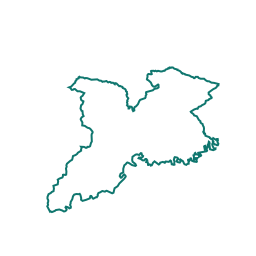 Ntsupe, Qacha's Nek, Lesotho, rotated 344°
{"feature_id": "5366337B15703644997437", "entity_name": "Ntsupe", "entity_type": "district", "adm_level": 2, "iso_a3": "LSO", "parent_name": "Lesotho", "parent_adm1": "Qacha's Nek", "projection": "orthographic", "projection_center": [28.725, -29.92], "detail": "fine", "context": "isolated", "style": "outline", "palette": "teal", "viewbox_px": 256, "rotation_deg": 344, "n_neighbors": 0, "source": "geoboundaries", "source_scale": "gbopen_adm2", "svg_char_len": 5862}
<svg xmlns="http://www.w3.org/2000/svg" viewBox="0 0 256 256"><g transform="rotate(344 128 128)"><path d="M96.2,186.2L98.5,182.2L102.0,181.1L104.4,178.9L110.2,175.8L112.4,174.1L112.4,173.1L111.6,171.7L110.7,171.9L108.1,173.9L107.3,173.7L106.8,171.9L108.3,169.9L111.2,169.4L112.2,165.9L114.2,162.8L115.8,162.2L117.3,161.1L117.9,161.0L119.2,161.9L121.6,164.7L124.6,166.5L125.4,166.2L125.2,164.6L123.1,161.7L123.2,159.8L124.4,156.9L127.9,155.7L129.4,155.8L131.3,157.0L133.3,155.7L134.0,156.0L134.0,158.0L134.8,159.1L134.4,159.7L133.1,160.2L130.4,159.4L129.8,160.0L131.7,161.3L133.1,163.1L134.5,163.6L136.1,162.6L137.1,162.9L137.6,164.3L136.6,164.9L136.1,165.8L137.5,166.4L137.0,169.8L137.9,168.5L139.4,169.4L139.5,170.4L140.6,170.4L142.5,168.3L144.3,167.4L147.5,171.6L148.3,171.4L149.4,170.2L152.2,170.2L153.8,171.6L154.3,171.3L154.3,170.8L155.1,170.6L157.9,171.8L159.7,170.9L160.3,171.7L160.1,173.4L160.4,174.4L160.1,175.0L162.0,176.1L162.6,176.0L162.6,175.0L163.5,173.0L163.3,171.3L164.5,169.2L165.0,168.9L167.1,170.0L167.7,171.0L167.4,172.0L166.5,172.2L165.6,173.2L165.7,173.7L166.4,174.5L168.3,175.5L169.5,174.5L169.1,172.7L169.5,172.5L171.7,175.1L172.1,177.8L172.5,178.5L173.9,179.5L174.8,179.0L176.5,179.0L176.6,177.8L177.1,176.8L176.8,175.8L177.0,175.1L177.5,175.1L178.0,176.4L179.7,174.4L180.3,174.7L180.2,175.4L179.8,175.7L180.5,177.2L182.2,178.5L184.6,179.5L185.0,179.1L184.9,177.5L186.5,176.0L184.5,175.5L183.0,176.7L182.5,176.6L183.4,174.4L183.4,172.3L184.5,172.2L185.1,170.8L185.8,170.5L186.3,172.1L188.1,173.0L188.5,173.8L188.4,175.2L190.5,174.8L190.8,174.4L189.9,172.4L188.6,172.5L188.7,171.2L197.1,172.0L197.8,171.6L197.8,170.8L197.4,169.9L195.9,169.8L196.1,166.7L196.5,166.4L197.4,166.4L197.7,169.0L198.8,169.0L199.3,168.6L200.1,166.0L201.0,165.3L201.9,163.5L202.3,164.0L202.3,165.3L201.7,166.5L201.0,171.1L203.8,172.8L206.2,172.5L206.5,171.7L205.3,171.6L204.7,170.5L204.4,168.2L204.5,166.7L205.5,165.7L205.9,164.0L206.2,164.0L206.4,164.7L206.0,165.2L205.9,165.9L206.8,167.7L207.8,168.0L208.6,169.0L209.6,169.3L210.5,168.1L210.1,165.7L211.0,164.8L211.2,163.3L210.2,163.1L209.7,163.8L209.3,163.7L207.1,161.2L206.0,162.3L204.6,161.2L204.5,160.5L203.9,160.2L203.8,159.3L200.3,156.8L200.5,155.0L200.2,154.9L200.0,154.1L199.5,154.1L199.5,153.5L199.9,153.6L200.1,153.3L199.3,152.4L200.1,151.7L200.9,149.5L201.1,147.9L200.7,146.2L200.8,144.7L199.8,143.8L199.2,142.6L199.5,141.5L198.3,139.7L197.4,135.7L195.0,134.1L194.8,132.8L192.9,130.2L192.8,129.6L196.9,128.4L199.7,128.3L200.2,128.7L201.8,127.1L203.9,127.2L205.3,126.5L208.2,126.0L209.3,125.3L210.3,123.3L213.1,123.3L213.9,122.6L216.5,122.3L216.8,122.0L216.8,121.4L216.1,120.2L216.2,119.4L214.9,117.9L215.3,116.1L220.8,114.1L223.3,113.7L224.8,112.8L225.4,112.0L226.6,112.0L227.2,110.7L223.1,108.3L220.7,107.4L218.9,105.5L217.2,104.9L215.9,103.6L214.7,101.6L211.5,100.7L209.7,99.4L209.2,98.1L207.1,97.5L205.8,98.4L205.1,98.2L204.4,96.9L203.1,96.3L201.4,94.4L197.7,92.4L197.6,91.9L195.9,90.7L195.4,90.8L195.2,90.1L194.7,90.0L194.4,88.8L193.4,87.3L191.5,85.9L191.6,85.5L191.1,85.4L190.8,84.9L188.9,83.8L187.8,82.2L186.1,81.7L185.7,82.0L184.6,81.3L184.0,82.0L183.5,82.1L183.1,81.6L181.8,82.2L180.3,82.2L179.0,83.1L177.8,82.8L176.9,83.0L175.3,82.8L172.6,81.3L171.3,81.5L170.2,80.5L169.1,80.7L168.4,80.1L166.2,79.5L165.8,79.6L165.7,82.7L165.1,82.8L162.5,81.7L162.0,81.9L161.2,82.6L160.9,84.2L159.6,86.3L159.9,87.1L160.8,87.8L162.5,90.6L162.9,93.6L163.7,95.0L164.4,95.5L165.6,95.6L168.9,94.5L169.2,94.9L168.6,97.4L167.2,97.9L164.1,97.7L162.3,98.6L155.4,98.5L154.9,99.3L155.0,100.8L153.9,101.8L153.4,103.3L152.7,104.0L147.5,104.3L146.3,105.2L144.1,107.9L141.7,109.4L140.2,109.7L139.3,110.8L138.9,112.9L137.6,113.2L137.3,111.7L137.6,110.0L137.3,108.6L135.5,107.8L135.1,109.2L134.3,109.6L133.9,109.4L134.4,108.3L133.3,105.8L134.1,105.0L134.1,102.9L134.9,102.2L134.8,101.4L136.5,99.5L135.7,97.7L135.6,96.5L135.8,95.6L136.5,95.5L136.7,94.9L136.6,93.7L136.9,92.9L136.2,92.1L136.3,90.5L135.8,89.6L134.0,88.1L134.1,87.3L133.7,86.7L133.3,86.6L132.0,85.4L131.1,85.4L129.2,82.0L128.1,81.4L127.4,82.3L126.0,80.3L124.3,80.0L123.9,79.1L123.0,78.6L121.5,78.7L120.2,76.9L117.8,76.8L116.6,76.3L116.1,76.5L115.1,75.1L113.6,74.6L111.9,72.8L106.1,71.5L102.6,68.9L101.1,68.3L100.2,68.5L98.9,67.2L96.0,66.1L95.4,65.3L94.4,65.7L94.2,66.7L91.9,66.9L91.5,68.0L90.2,68.6L89.7,69.9L88.3,70.4L84.9,72.5L82.6,72.7L83.6,73.5L84.4,75.8L85.6,76.1L86.9,75.7L87.7,75.9L89.6,78.8L92.0,79.5L95.6,82.4L93.1,84.6L91.7,85.0L90.9,85.7L90.7,87.9L91.4,89.1L92.5,90.0L92.4,90.4L90.7,92.6L89.2,93.2L87.7,96.3L88.1,98.7L88.9,99.2L88.3,102.4L88.6,104.3L86.4,105.0L85.1,106.2L84.9,106.8L85.7,110.1L84.7,112.9L87.0,114.0L89.2,116.6L90.9,117.6L91.7,118.8L92.9,121.7L92.7,122.7L91.5,123.8L91.0,124.8L89.5,131.0L88.2,132.3L86.6,135.0L85.8,135.3L84.8,135.3L83.8,134.9L82.9,135.6L82.1,135.5L80.6,134.1L77.7,133.1L78.0,134.2L76.9,135.8L76.7,136.9L72.9,138.0L72.1,138.8L70.3,139.5L67.4,139.8L65.9,142.6L65.2,143.3L63.6,143.6L59.5,145.5L58.5,146.8L58.4,148.2L57.2,149.9L56.8,152.9L55.7,155.8L54.9,155.9L53.2,155.1L52.6,155.1L52.0,156.7L51.3,157.5L48.2,157.7L46.2,158.3L46.2,159.9L44.9,162.8L40.4,163.0L40.1,165.8L39.0,168.2L37.0,168.5L35.9,169.2L33.4,169.7L31.6,172.1L31.1,173.8L31.4,174.9L31.3,176.0L30.8,177.2L30.1,178.0L30.0,179.9L28.8,181.0L30.0,187.0L30.7,186.8L31.6,187.8L32.3,187.8L34.9,187.5L36.0,187.0L39.5,187.4L42.1,189.2L43.3,190.5L44.3,190.7L45.7,190.3L46.4,189.7L46.6,189.2L46.0,187.1L46.7,186.5L48.4,187.6L49.5,189.1L51.0,188.9L51.4,187.8L51.1,186.0L52.0,184.8L52.5,183.3L54.8,181.1L56.3,178.5L57.9,177.2L60.1,177.2L62.6,178.1L63.4,178.0L63.8,179.4L63.7,182.4L63.1,184.0L64.2,185.5L67.9,185.5L71.9,185.1L73.0,183.1L73.4,183.0L74.0,183.3L74.7,186.0L75.2,186.4L78.3,185.7L78.9,186.0L80.3,184.8L80.4,183.8L81.7,182.3L83.4,182.2L85.9,181.5L88.3,182.8L89.9,182.4L90.5,182.7L94.8,186.4L96.2,186.2Z" fill="none" stroke="#0f766e" stroke-width="2"/></g></svg>